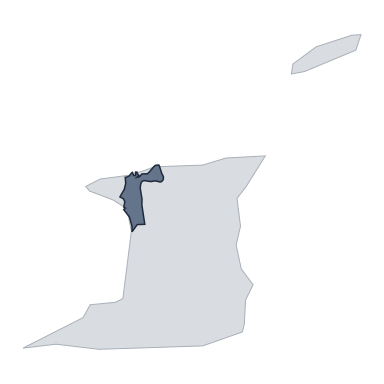 location of San Juan-Laventille within Trinidad and Tobago
{"feature_id": "TTO-56", "entity_name": "San Juan-Laventille", "entity_type": "Region", "adm_level": 1, "iso_a3": "TTO", "parent_name": "Trinidad and Tobago", "parent_adm1": "", "projection": "orthographic", "projection_center": [-61.431, 10.671], "detail": "fine", "context": "in_parent", "style": "filled", "palette": "slate", "viewbox_px": 384, "rotation_deg": 0, "n_neighbors": 0, "source": "natural_earth", "source_scale": "10m", "svg_char_len": 1332}
<svg xmlns="http://www.w3.org/2000/svg" viewBox="0 0 384 384"><path d="M242.4,331.9L202.7,345.9L99.0,349.3L56.0,344.2L23.0,348.1L83.1,317.6L90.2,304.7L115.6,302.3L122.9,298.5L131.4,231.1L128.1,215.0L123.0,206.2L112.7,199.8L89.6,191.1L85.7,186.4L100.3,179.0L131.4,174.9L154.6,166.8L202.6,165.1L225.9,158.0L265.3,155.9L246.0,186.8L237.0,198.4L240.5,226.2L236.1,245.1L241.3,269.0L253.1,284.7L245.5,300.2L244.4,323.5L242.4,331.9ZM304.6,71.5L291.4,74.0L292.9,64.0L316.2,46.8L351.8,35.2L361.0,34.7L355.9,50.1L304.6,71.5Z" fill="#d9dde1" stroke="#a8b0b8" stroke-width="1"/><path d="M125.2,177.3L126.2,177.3L129.3,175.9L131.2,173.4L132.4,172.4L133.7,175.5L135.5,175.5L135.6,174.6L135.5,172.1L137.0,172.1L137.2,173.3L137.6,174.0L138.2,174.5L138.9,175.5L137.0,177.3L139.1,176.8L140.5,175.7L141.4,174.5L142.0,173.9L146.8,173.8L147.2,173.9L149.2,172.1L153.9,166.6L155.4,165.3L158.8,165.0L159.6,166.6L161.5,172.8L163.5,176.9L163.2,179.7L161.6,181.6L160.2,182.0L155.9,181.0L154.1,180.9L152.3,181.4L150.8,181.6L144.2,180.6L142.1,181.3L140.8,183.7L140.2,188.1L142.0,199.0L141.9,205.2L144.8,224.3L137.2,224.6L132.4,231.3L132.0,231.3L132.0,226.3L129.5,217.1L123.7,209.6L125.5,208.1L123.8,207.0L124.8,201.7L124.4,200.7L123.4,198.8L119.9,196.9L124.3,189.3L125.7,183.5L125.3,178.3L125.2,177.3Z" fill="#64748b" stroke="#1e293b" stroke-width="1.5"/></svg>